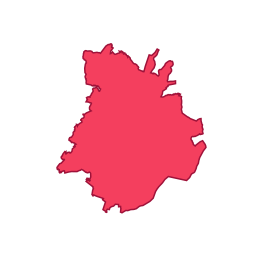 Cluj-Napoca, Cluj, Romania, rotated 125°
{"feature_id": "2599482B57183419142958", "entity_name": "Cluj-Napoca", "entity_type": "district", "adm_level": 2, "iso_a3": "ROU", "parent_name": "Romania", "parent_adm1": "Cluj", "projection": "robinson", "projection_center": [23.595, 46.776], "detail": "fine", "context": "isolated", "style": "filled", "palette": "rose", "viewbox_px": 256, "rotation_deg": 125, "n_neighbors": 0, "source": "geoboundaries", "source_scale": "gbopen_adm2", "svg_char_len": 5820}
<svg xmlns="http://www.w3.org/2000/svg" viewBox="0 0 256 256"><g transform="rotate(125 128 128)"><path d="M96.8,203.6L97.2,202.9L96.9,201.5L97.4,200.5L98.7,199.8L98.7,199.5L100.0,199.6L103.9,197.7L107.3,195.0L108.0,193.2L110.4,192.7L111.5,191.6L111.8,190.4L112.7,190.2L112.8,189.6L113.2,189.1L114.4,188.7L115.8,187.4L114.0,183.1L114.0,181.5L112.7,180.6L112.7,180.4L113.3,180.4L112.4,179.0L111.9,179.3L111.7,178.3L112.3,177.5L111.7,177.5L111.3,176.9L111.3,177.3L111.1,177.3L110.8,176.9L111.2,175.1L111.8,174.1L111.8,172.8L114.2,172.4L114.4,173.1L112.9,175.6L112.8,176.9L114.9,178.7L115.2,179.2L116.4,179.3L117.8,177.6L121.2,177.5L121.6,177.2L124.3,177.3L124.2,177.1L124.5,176.9L125.1,178.2L126.0,179.0L127.0,179.3L127.1,178.8L127.9,178.2L127.9,177.6L130.6,177.4L129.4,175.2L129.2,173.6L128.7,173.0L128.7,172.2L130.2,171.8L132.5,171.6L133.7,171.1L135.0,169.9L135.1,168.0L139.5,170.7L142.1,171.6L142.2,172.4L142.4,172.7L142.9,172.5L142.9,171.1L144.4,170.2L145.4,170.2L146.4,171.1L148.4,171.4L148.7,171.2L148.6,170.0L149.8,169.1L152.0,170.2L154.2,170.7L155.0,170.6L154.2,171.3L154.6,172.3L155.2,171.8L157.6,172.3L158.2,172.2L158.2,171.8L159.1,171.0L160.8,170.2L160.8,170.4L161.3,170.1L162.8,170.4L163.3,170.1L163.2,169.8L163.5,170.1L164.8,169.1L168.0,169.0L168.3,169.2L168.5,169.7L169.4,170.2L170.8,170.0L171.8,169.4L171.9,168.5L171.5,168.0L172.2,166.1L171.8,166.1L171.5,164.1L171.1,163.9L171.1,161.3L172.5,162.0L173.4,161.0L173.6,161.7L174.2,161.8L173.9,160.8L177.0,161.6L179.3,160.5L181.3,160.7L181.4,161.7L181.8,161.8L181.6,162.3L182.5,163.3L184.6,163.9L183.2,165.1L183.9,165.1L183.5,165.6L183.5,166.2L186.3,166.4L188.3,166.1L188.2,165.9L188.4,165.8L189.6,166.2L190.4,165.9L191.0,165.1L191.0,164.5L191.4,163.7L190.3,162.3L190.5,161.9L195.0,162.5L196.4,163.4L199.2,163.6L199.9,163.4L200.6,163.6L201.5,163.3L201.9,162.5L201.6,161.8L201.8,161.4L202.3,161.7L202.3,161.2L201.8,161.0L201.6,160.4L202.9,159.2L203.1,159.4L203.7,158.9L203.7,158.7L203.4,158.5L203.8,158.1L202.8,157.2L202.2,157.6L201.9,157.1L201.2,157.1L200.5,156.4L199.8,156.1L199.6,155.5L201.1,153.9L198.1,151.4L196.0,149.2L192.9,144.7L191.0,143.7L190.0,142.8L188.6,142.3L188.3,140.9L188.5,137.2L188.1,136.7L188.2,136.0L187.7,135.1L186.3,134.4L186.2,133.6L186.6,132.6L189.5,130.4L192.6,129.7L192.8,129.4L192.8,129.0L193.4,129.0L193.4,129.7L193.0,130.2L193.4,130.5L192.0,131.4L192.5,132.0L192.6,132.7L194.1,132.6L194.1,131.6L195.8,131.7L196.3,122.9L197.3,122.2L197.6,121.5L199.1,121.3L203.2,119.3L202.9,118.5L203.6,118.1L203.7,117.7L202.5,117.4L201.9,114.7L199.9,107.8L200.8,107.9L200.9,107.5L201.3,107.5L201.5,104.0L209.2,101.7L209.1,97.9L209.6,97.9L209.4,97.2L209.0,97.1L208.1,98.2L206.4,98.4L205.5,96.5L204.2,97.0L203.2,96.9L201.9,96.4L200.2,95.0L197.7,94.6L196.1,91.9L197.9,90.5L196.5,89.1L196.8,88.8L197.6,88.3L197.9,87.7L201.2,85.9L200.9,84.3L196.8,82.5L195.8,80.8L193.3,79.0L191.3,76.5L189.3,74.9L185.7,73.8L184.4,72.9L182.9,71.3L175.6,68.0L171.1,67.1L164.2,69.0L161.1,69.2L158.4,69.1L153.0,68.3L149.0,68.3L144.6,67.1L137.4,49.9L133.2,49.1L129.6,49.6L128.7,49.4L126.8,48.4L125.7,48.2L122.2,48.9L119.9,49.8L116.6,50.1L114.1,51.3L111.1,52.3L103.5,53.2L99.2,53.0L98.0,54.2L97.2,55.4L95.6,59.6L97.9,61.0L103.6,62.7L104.2,62.7L104.0,65.0L102.8,66.3L102.7,67.0L101.8,67.8L101.8,68.4L101.7,68.4L101.1,70.0L100.2,70.5L98.7,70.7L98.0,70.4L97.3,69.1L96.8,68.9L96.4,68.2L93.9,66.7L91.8,66.0L92.0,65.5L91.7,65.3L91.8,65.0L90.7,64.2L90.7,63.9L89.6,63.3L87.9,65.2L85.9,65.9L85.9,66.6L85.2,67.0L84.6,67.9L82.7,68.8L82.4,69.7L80.2,72.3L78.4,73.6L79.1,74.4L81.1,75.6L82.9,75.9L83.3,76.8L84.6,82.5L84.5,84.7L84.8,85.2L84.7,92.1L82.0,95.1L79.9,95.8L78.9,97.0L77.8,98.0L77.1,98.2L75.0,99.6L73.2,101.4L71.6,102.2L71.8,103.5L72.4,104.9L71.9,104.9L71.5,104.5L70.4,104.5L70.6,104.9L70.4,105.2L71.0,105.8L70.5,105.9L70.7,106.5L71.5,106.5L71.7,107.1L71.3,107.0L71.3,107.3L72.6,108.0L72.7,108.5L72.9,108.7L72.8,109.1L74.4,109.5L74.3,110.3L74.9,110.2L75.2,110.6L75.7,110.9L76.3,111.7L76.2,112.1L76.7,112.9L77.3,113.1L77.6,114.3L79.1,114.8L79.3,115.5L81.8,116.5L82.9,117.5L83.5,118.9L80.4,119.4L77.9,120.7L73.8,119.1L73.0,120.0L71.0,119.1L70.2,119.7L69.0,118.9L64.4,114.5L62.2,116.1L64.0,117.9L65.7,120.3L67.1,121.7L67.3,122.0L66.8,122.9L65.3,123.3L62.7,124.8L60.8,125.3L58.7,124.8L56.3,125.0L54.9,126.1L54.2,127.7L53.2,127.9L51.5,127.3L50.1,127.5L49.0,128.4L48.0,129.8L48.6,130.7L48.6,131.8L49.3,132.6L50.1,133.1L52.9,134.1L54.4,134.2L55.6,133.8L60.9,134.3L62.1,135.7L62.5,135.8L63.8,135.7L66.4,133.2L67.2,132.9L68.1,133.1L68.1,134.8L67.9,135.5L68.0,137.2L69.0,138.4L68.5,138.6L69.2,139.4L69.8,141.1L67.3,141.3L63.9,141.1L60.5,142.1L58.1,144.4L57.4,146.1L56.2,147.0L55.0,147.2L53.9,146.6L51.4,146.3L47.9,147.3L46.6,147.4L46.7,147.7L46.4,147.9L46.6,149.4L50.7,149.2L55.0,150.2L56.0,152.6L67.6,149.2L72.7,147.3L73.0,147.7L72.9,148.1L73.1,148.2L73.0,148.4L73.3,148.7L73.2,149.2L73.5,149.6L74.1,152.8L73.2,154.0L72.3,154.0L71.9,154.7L71.7,156.3L71.2,157.1L71.4,159.0L71.9,159.6L71.7,161.5L71.0,163.2L70.4,165.4L69.4,166.4L69.1,167.8L69.1,168.4L69.4,168.6L69.2,169.0L70.0,168.9L69.4,169.7L69.0,169.8L69.4,170.5L69.3,171.2L68.7,171.7L69.1,172.4L69.0,173.0L68.7,173.2L69.1,173.5L68.7,173.5L68.9,173.9L68.7,174.1L69.1,174.5L69.3,175.0L69.1,175.2L69.3,175.5L69.0,175.7L69.4,176.0L69.0,176.2L69.1,176.5L68.7,176.6L68.7,177.5L70.0,178.6L70.1,179.1L70.5,178.5L70.2,178.0L70.5,177.7L71.8,178.3L72.3,178.9L74.5,180.3L75.1,180.9L75.2,181.6L74.7,183.9L74.8,183.8L76.2,184.8L76.7,184.7L77.2,185.1L74.7,186.3L71.0,186.1L70.8,187.3L71.2,187.7L70.3,188.1L70.2,188.6L69.5,188.4L68.8,189.2L68.7,190.0L69.4,190.8L70.3,191.0L71.0,192.1L73.6,193.1L82.6,193.4L82.7,194.7L83.3,195.4L83.8,196.8L86.4,199.6L86.4,200.6L86.0,201.5L86.5,203.1L88.3,205.4L88.8,206.9L89.5,207.5L91.1,207.8L91.7,207.3L92.5,207.2L94.2,206.2L95.4,205.8L96.8,204.6L96.8,203.6Z" fill="#f43f5e" stroke="#9f1239" stroke-width="1.5"/></g></svg>